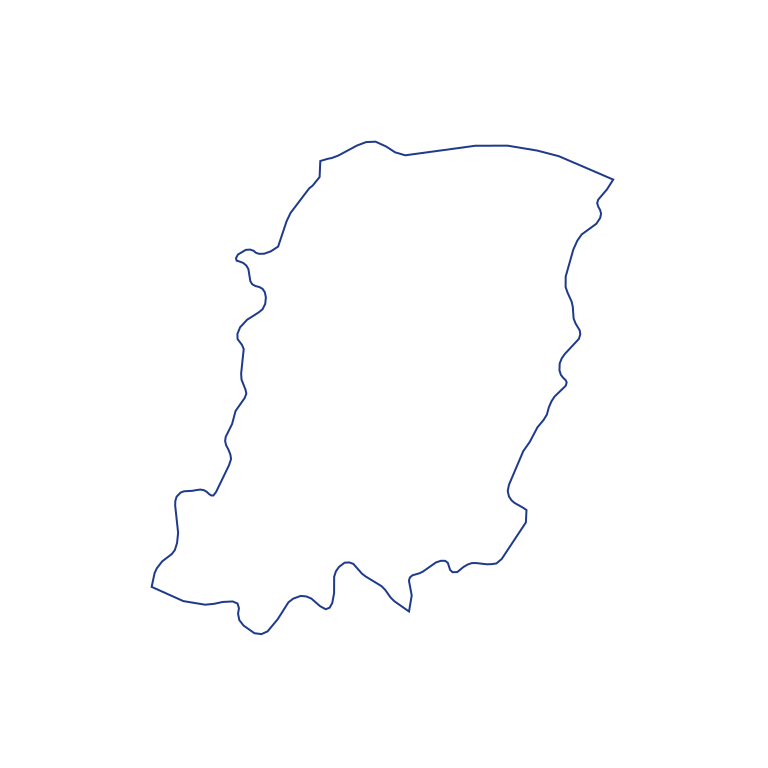 the border of Bacau, rotated 296°
{"feature_id": "ROU-312", "entity_name": "Bacau", "entity_type": "County", "adm_level": 1, "iso_a3": "ROU", "parent_name": "Romania", "parent_adm1": "", "projection": "robinson", "projection_center": [26.661, 46.412], "detail": "fine", "context": "isolated", "style": "outline", "palette": "blue", "viewbox_px": 768, "rotation_deg": 296, "n_neighbors": 0, "source": "natural_earth", "source_scale": "10m", "svg_char_len": 2469}
<svg xmlns="http://www.w3.org/2000/svg" viewBox="0 0 768 768"><g transform="rotate(296 384 384)"><path d="M278.3,566.5L272.0,563.7L269.4,559.9L267.1,555.6L263.6,545.7L261.6,541.5L258.4,538.3L254.3,535.6L247.1,532.3L244.9,528.1L245.9,524.9L251.2,519.8L251.9,516.6L250.1,512.7L246.4,508.9L232.6,501.3L229.5,498.9L224.5,493.4L221.4,492.1L218.2,492.6L206.1,501.6L190.5,506.2L193.3,488.5L195.0,483.5L199.5,475.3L201.2,470.5L203.0,451.5L203.9,447.3L208.9,435.2L208.4,431.0L206.1,426.9L199.8,423.7L194.5,422.9L188.9,423.7L174.2,430.8L164.5,433.5L159.1,433.2L156.0,430.3L156.3,423.9L159.3,412.8L159.0,407.3L157.0,402.0L151.3,396.5L145.9,393.8L126.1,391.6L110.6,387.8L105.5,383.5L103.2,376.8L105.3,363.7L108.4,357.4L113.6,353.5L118.9,351.9L122.5,348.6L122.2,343.3L117.4,334.6L111.9,327.6L107.2,319.9L100.9,298.8L99.8,264.1L113.5,260.7L118.8,260.6L127.4,262.4L138.1,267.8L143.1,268.8L150.4,267.7L160.0,264.2L183.2,249.6L187.4,247.7L191.8,247.0L197.3,248.8L199.9,251.3L204.0,258.6L206.5,262.0L208.6,265.2L209.6,268.5L209.4,271.9L208.4,275.1L208.1,277.6L209.0,279.5L213.3,280.4L243.0,280.3L249.6,279.4L253.3,276.8L256.7,273.1L259.7,269.0L263.1,266.2L267.1,264.9L281.4,265.0L294.7,262.4L310.2,264.9L315.0,264.5L318.2,262.0L325.5,254.0L330.8,251.0L353.9,242.6L356.9,239.2L360.2,232.7L364.7,230.3L371.9,229.8L381.8,232.8L393.3,239.9L398.0,242.1L404.0,242.1L410.0,239.9L414.2,236.7L416.3,233.1L416.5,229.4L415.7,225.5L415.9,221.8L417.8,218.8L427.9,211.7L430.1,208.3L431.1,204.5L430.8,200.9L430.3,197.4L432.3,195.8L436.4,196.0L444.0,201.0L446.1,204.7L446.6,208.3L445.8,211.3L446.2,214.5L448.5,219.1L453.6,224.1L461.1,228.6L487.6,225.1L496.7,225.0L527.1,231.0L531.0,232.9L541.8,235.4L556.5,229.0L561.9,234.9L564.2,238.0L569.3,242.8L586.4,255.1L593.6,261.9L598.1,270.2L598.4,281.8L597.1,292.4L598.9,302.9L638.2,361.7L652.4,390.6L661.0,419.5L665.4,441.3L668.2,500.4L656.7,499.1L643.6,495.7L640.0,496.3L637.1,499.1L635.2,501.9L632.3,504.4L628.1,505.5L621.1,504.6L605.1,496.1L597.6,494.9L587.9,495.2L560.2,500.2L550.8,504.7L546.7,508.8L540.3,516.5L536.2,519.8L526.0,525.7L522.5,529.5L518.0,536.4L514.8,538.6L510.1,539.4L490.4,533.4L485.2,532.5L479.5,532.9L473.2,535.7L469.8,538.9L468.0,542.6L467.1,545.6L465.5,547.5L462.1,548.1L447.5,542.8L441.8,542.1L435.3,542.4L427.9,543.8L421.7,543.2L412.3,540.9L395.9,540.4L384.7,538.6L348.2,540.5L342.1,542.1L337.7,545.6L335.3,549.7L334.3,553.8L333.8,562.9L333.2,567.3L321.8,572.2L278.3,566.5Z" fill="none" stroke="#1e3a8a" stroke-width="2"/></g></svg>